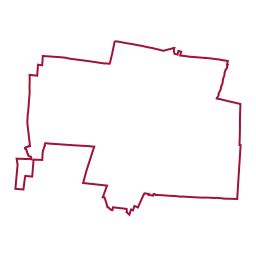 Pechea, Galati, Romania (Albers equal-area conic projection)
{"feature_id": "2599482B54833232986337", "entity_name": "Pechea", "entity_type": "district", "adm_level": 2, "iso_a3": "ROU", "parent_name": "Romania", "parent_adm1": "Galati", "projection": "albers", "projection_center": [27.806, 45.647], "detail": "fine", "context": "isolated", "style": "outline", "palette": "rose", "viewbox_px": 256, "rotation_deg": 0, "n_neighbors": 0, "source": "geoboundaries", "source_scale": "gbopen_adm2", "svg_char_len": 4707}
<svg xmlns="http://www.w3.org/2000/svg" viewBox="0 0 256 256"><path d="M126.4,43.2L123.3,42.6L118.8,41.7L115.4,41.3L114.9,41.7L114.5,42.2L112.0,54.5L109.9,63.0L109.7,63.7L105.3,63.4L104.5,63.5L89.9,61.3L74.6,59.3L70.5,58.8L65.4,57.7L60.2,57.2L42.8,56.0L42.2,65.3L38.0,64.7L37.2,75.7L29.6,74.9L29.7,81.4L29.5,86.5L29.6,89.3L29.6,93.6L29.0,100.5L28.6,106.5L28.0,113.0L27.7,115.1L27.6,115.7L27.6,116.1L27.6,117.1L27.6,118.1L27.5,118.8L27.4,119.7L27.4,120.7L27.3,121.5L27.3,122.3L27.5,124.4L30.0,146.2L29.5,146.4L29.1,146.3L29.0,146.0L28.4,146.1L27.9,146.7L27.4,146.8L26.1,147.1L25.1,147.7L24.9,148.4L25.0,148.7L25.9,148.9L26.3,149.2L26.4,149.6L26.4,150.7L27.0,151.5L27.1,151.8L27.1,152.0L27.1,152.4L27.2,152.8L27.4,153.3L28.2,154.1L28.2,154.4L28.2,155.1L28.3,155.5L28.7,156.0L29.3,156.3L30.8,156.6L31.3,158.1L31.4,159.3L30.2,158.9L29.0,158.9L26.0,159.0L24.5,159.0L22.6,158.8L18.3,158.8L16.6,158.6L17.6,164.6L15.4,188.8L23.4,189.5L24.7,179.4L25.3,175.9L32.2,176.6L33.6,159.7L34.6,159.7L42.3,159.9L42.7,151.9L43.6,148.9L44.4,146.6L44.8,146.3L44.9,145.8L44.7,145.0L44.7,144.4L45.0,143.7L45.5,143.2L50.4,143.7L58.4,144.2L69.9,145.0L73.6,145.3L82.8,145.8L88.6,146.1L94.2,146.7L86.5,170.5L83.1,183.0L107.0,185.6L102.8,197.3L104.5,197.4L106.3,202.8L106.6,204.0L107.4,207.1L107.8,207.0L108.4,207.3L109.5,208.6L110.3,209.3L111.2,209.8L111.8,210.1L112.4,210.2L112.9,207.3L126.6,208.9L126.9,211.9L126.6,212.2L129.4,214.7L130.6,210.7L130.8,210.1L131.0,209.6L131.2,209.8L131.4,209.8L131.6,209.9L131.9,210.0L132.2,210.1L132.5,210.1L132.8,210.2L133.0,210.3L133.7,208.0L134.1,206.9L134.3,206.3L134.4,206.0L134.9,206.2L135.5,206.4L136.3,206.7L136.6,206.9L137.1,207.1L137.9,207.5L143.6,194.7L143.8,194.7L144.0,194.4L144.2,193.8L144.4,193.4L144.7,193.3L145.2,193.4L145.9,193.5L147.0,193.7L149.0,194.1L148.6,194.9L153.0,195.6L153.1,195.0L153.3,194.5L153.4,194.2L153.5,194.1L154.0,193.9L154.3,193.9L154.5,193.9L154.7,194.0L154.8,194.3L155.0,194.7L155.2,194.9L156.2,195.0L157.0,195.0L157.6,195.0L158.5,195.0L159.5,195.1L160.3,195.1L162.9,195.3L165.5,195.5L168.5,195.7L173.7,196.0L176.3,196.1L177.8,196.4L178.9,196.5L179.4,196.5L179.9,196.6L181.2,196.7L182.3,196.7L182.5,196.5L184.1,196.6L185.8,196.8L191.8,197.1L196.7,197.4L200.0,197.5L201.2,197.6L202.6,197.7L203.4,197.7L204.2,197.6L204.6,197.6L205.6,197.6L206.2,197.6L208.0,197.6L209.4,197.7L211.4,197.8L212.9,197.9L214.8,198.0L215.5,197.9L216.4,197.8L217.2,197.9L218.1,198.1L218.5,198.1L219.5,198.0L220.2,198.1L220.7,198.2L221.2,198.3L222.6,198.4L223.1,198.4L223.5,198.6L224.3,198.6L225.3,198.7L227.2,198.7L230.5,198.8L232.6,198.8L233.9,198.9L237.2,199.0L238.5,178.0L239.4,164.3L240.6,145.1L239.5,145.0L239.9,132.2L240.0,116.8L240.4,104.0L236.6,103.1L236.3,103.0L227.9,101.1L225.4,100.4L223.7,100.1L221.5,99.5L220.8,99.2L219.8,99.1L218.4,98.9L216.9,98.6L216.7,98.4L217.0,98.0L217.1,97.6L217.5,97.3L217.7,96.7L218.1,96.3L218.5,95.5L218.7,94.0L218.7,93.7L218.6,93.4L218.9,93.1L220.4,90.0L220.8,88.9L221.0,87.7L220.9,86.8L221.5,86.2L221.6,85.1L221.9,84.8L222.4,83.9L222.8,80.9L223.2,78.5L224.4,75.5L224.6,72.4L225.0,71.6L225.3,70.7L225.7,70.1L225.6,69.6L226.4,68.8L226.9,68.0L227.1,67.1L227.1,65.8L227.8,64.6L227.0,64.4L227.9,61.0L227.6,60.9L226.8,60.8L226.0,60.7L225.8,60.6L225.6,60.6L224.8,60.5L224.3,60.4L224.1,60.4L223.5,60.3L222.9,60.2L221.7,60.0L219.9,59.6L218.5,59.4L216.2,59.2L215.9,59.1L209.6,58.3L209.3,58.3L206.2,58.0L205.9,58.0L205.7,58.0L205.4,58.0L205.4,57.9L205.2,57.9L204.7,57.9L204.3,57.9L204.2,57.9L203.8,57.8L203.6,57.8L203.2,57.8L202.9,57.8L202.4,57.7L202.2,57.7L201.9,57.7L201.7,57.7L201.0,57.6L200.7,57.6L200.4,57.6L200.2,57.5L199.8,57.5L199.7,57.5L199.4,57.5L199.1,57.4L198.9,57.4L198.4,57.4L198.2,57.4L197.9,57.3L197.7,57.3L197.4,57.3L197.2,57.3L196.8,57.3L196.7,57.3L196.5,57.2L196.4,57.2L196.2,57.2L195.9,57.2L195.7,57.2L195.3,57.1L195.2,57.1L194.9,57.1L194.7,57.1L194.2,57.1L193.9,57.0L193.7,57.0L193.4,57.0L193.2,57.0L192.9,57.0L192.8,56.9L192.7,56.9L192.4,56.9L192.1,56.9L191.9,56.9L191.7,56.9L191.4,56.8L191.2,56.8L188.7,56.7L188.0,56.5L187.7,56.4L187.1,56.4L186.5,56.3L184.6,56.0L184.3,56.0L184.1,56.0L183.6,55.9L183.4,55.9L182.7,55.8L182.1,55.7L181.6,55.7L181.2,55.6L180.5,55.5L180.3,55.5L180.2,55.5L180.9,52.5L181.2,51.7L178.4,50.9L177.6,54.6L176.5,54.3L174.6,53.9L173.8,51.0L173.9,49.6L174.1,48.4L174.2,48.2L174.4,47.9L174.2,47.8L173.8,48.0L171.5,48.6L170.3,49.0L168.5,49.4L164.4,50.5L163.8,50.7L163.6,50.8L163.4,50.8L162.5,50.6L160.8,50.1L158.0,49.4L156.1,49.0L155.8,48.9L155.7,48.9L155.4,48.8L155.1,48.7L154.9,48.7L154.7,48.6L154.2,48.5L153.7,48.4L153.1,48.3L152.3,48.0L149.1,47.5L147.3,47.1L146.3,46.9L144.5,46.5L142.9,46.1L141.9,45.9L140.2,45.6L134.8,44.6L133.4,44.3L129.2,43.6L126.4,43.2Z" fill="none" stroke="#9f1239" stroke-width="2"/></svg>